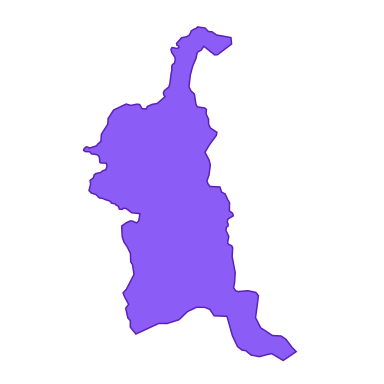 the district of Bria, Haute-Kotto, Central African Republic, rotated 182°
{"feature_id": "33826404B18938631147464", "entity_name": "Bria", "entity_type": "district", "adm_level": 2, "iso_a3": "CAF", "parent_name": "Central African Republic", "parent_adm1": "Haute-Kotto", "projection": "mercator", "projection_center": [22.039, 6.617], "detail": "fine", "context": "isolated", "style": "filled", "palette": "violet", "viewbox_px": 384, "rotation_deg": 182, "n_neighbors": 0, "source": "geoboundaries", "source_scale": "gbopen_adm2", "svg_char_len": 2620}
<svg xmlns="http://www.w3.org/2000/svg" viewBox="0 0 384 384"><g transform="rotate(182 192 192)"><path d="M261.1,155.5L260.2,144.9L258.4,139.9L254.7,134.7L251.4,128.5L250.8,120.0L248.9,117.3L247.1,107.5L254.2,92.5L257.4,88.8L255.9,85.2L251.4,77.5L254.2,73.5L251.7,63.9L249.2,61.3L248.9,54.7L243.2,48.1L220.6,59.5L212.3,59.7L200.5,63.9L192.3,72.4L183.5,76.9L175.2,77.2L170.1,75.3L165.5,69.0L152.7,69.0L146.6,49.7L141.1,39.1L136.6,35.8L132.6,35.2L127.3,31.1L118.8,29.8L110.7,32.3L106.6,33.2L95.0,26.8L82.3,36.1L86.6,40.2L93.0,48.1L98.0,51.2L106.6,51.4L118.7,58.8L124.1,68.6L122.9,80.8L122.0,90.6L124.7,93.9L132.7,95.3L137.0,94.8L142.3,94.1L144.9,94.8L147.1,97.8L146.3,102.8L146.0,113.0L146.9,116.8L149.6,128.8L149.4,137.7L150.5,139.7L153.3,140.8L154.5,141.9L154.5,143.3L153.7,148.9L156.7,154.7L156.4,157.9L154.8,159.2L154.7,161.0L155.8,163.4L155.0,166.4L150.0,169.5L150.3,171.4L151.4,172.7L154.0,174.4L154.1,182.5L156.0,185.5L158.8,191.2L162.4,192.9L164.3,198.0L174.3,198.2L176.4,200.9L177.5,203.5L175.6,209.7L174.6,219.6L176.1,224.7L180.4,232.1L176.3,239.7L169.7,249.3L169.2,252.5L175.8,256.6L177.7,260.1L178.0,265.3L180.7,270.7L180.5,275.0L182.2,276.4L189.6,277.3L191.1,279.7L193.1,290.1L196.5,292.9L198.7,297.1L198.6,298.3L197.8,308.6L195.7,317.8L192.6,325.9L191.6,331.7L187.7,334.2L185.2,338.0L174.1,329.8L171.3,330.1L157.6,341.3L158.5,347.7L173.0,349.8L177.6,352.8L181.3,353.0L184.6,356.3L192.2,357.2L193.5,355.7L196.2,354.5L198.4,352.9L199.9,349.0L202.7,347.0L207.8,345.8L212.6,340.1L212.3,338.3L210.6,337.5L210.2,336.2L211.3,335.1L213.2,335.0L215.2,335.6L217.1,335.6L218.0,333.8L217.2,330.8L213.8,326.1L213.4,323.3L214.1,320.1L216.0,318.6L216.6,317.0L216.4,312.9L217.0,309.6L217.9,299.6L218.8,296.1L223.1,292.5L224.0,290.3L223.7,288.3L222.3,286.3L229.8,279.3L234.9,278.2L239.7,275.9L240.5,273.4L244.7,273.5L247.4,277.6L249.9,277.9L256.1,276.4L260.9,277.6L273.2,271.2L278.4,262.5L278.5,256.9L284.6,246.5L284.8,239.5L287.9,236.6L289.1,234.8L296.1,232.3L297.7,233.3L299.2,233.4L300.9,232.1L301.7,230.7L301.7,229.7L299.7,228.6L296.8,228.7L295.3,228.4L293.8,226.6L290.3,226.3L287.6,225.8L285.8,223.5L285.2,218.5L284.5,217.9L278.6,217.8L277.8,214.7L279.0,211.2L282.0,210.1L284.0,208.2L288.5,207.2L290.3,205.9L291.1,202.6L294.3,200.0L293.6,196.4L295.0,189.8L292.7,187.5L287.9,186.1L284.4,182.9L280.8,182.4L277.9,181.2L274.8,180.4L273.0,179.6L272.2,178.1L270.3,177.7L268.5,177.6L267.4,176.3L265.3,175.4L264.0,172.3L261.1,172.2L259.9,173.4L257.3,173.2L251.6,169.2L243.3,168.5L244.2,161.4L246.0,159.3L248.1,159.8L250.5,160.9L252.9,160.9L256.9,158.8L261.1,155.5Z" fill="#8b5cf6" stroke="#5b21b6" stroke-width="1.5"/></g></svg>